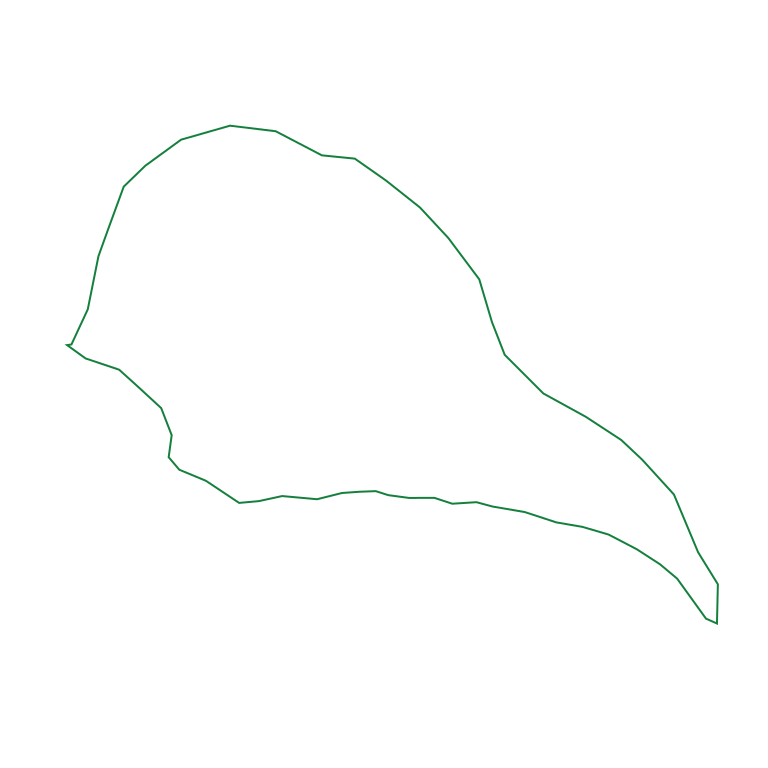 Sumqayit City, Sumqayıt, Azerbaijan, rotated 174°
{"feature_id": "54616110B75219613739908", "entity_name": "Sumqayit City", "entity_type": "district", "adm_level": 2, "iso_a3": "AZE", "parent_name": "Azerbaijan", "parent_adm1": "Sumqayıt", "projection": "mercator", "projection_center": [49.626, 40.591], "detail": "fine", "context": "isolated", "style": "outline", "palette": "green", "viewbox_px": 768, "rotation_deg": 174, "n_neighbors": 0, "source": "geoboundaries", "source_scale": "gbopen_adm2", "svg_char_len": 846}
<svg xmlns="http://www.w3.org/2000/svg" viewBox="0 0 768 768"><g transform="rotate(174 384 384)"><path d="M695.1,455.8L678.1,440.6L645.9,425.9L627.7,405.6L608.1,383.3L600.5,355.3L605.8,333.7L596.5,320.1L571.3,306.4L540.5,280.9L520.7,280.6L497.0,283.2L462.6,276.4L437.1,280.0L419.7,279.4L403.4,278.3L391.3,273.0L371.1,268.1L345.8,265.5L328.6,257.8L304.4,256.8L288.9,250.8L257.3,241.9L227.2,228.4L201.7,221.2L176.4,210.8L149.7,193.1L128.3,175.8L112.8,159.8L88.3,117.0L77.9,111.0L72.9,149.9L89.2,183.8L107.2,243.8L135.1,281.7L153.9,303.5L186.9,330.4L226.5,357.9L260.9,400.4L270.2,434.5L278.3,478.1L304.8,522.5L329.8,555.8L360.7,586.1L389.5,611.2L421.9,617.9L465.3,646.7L510.2,657.0L560.3,648.2L598.6,626.0L622.2,607.5L642.1,566.9L654.6,541.0L659.7,524.7L670.8,489.2L690.7,456.0L695.1,455.8Z" fill="none" stroke="#15803d" stroke-width="2"/></g></svg>